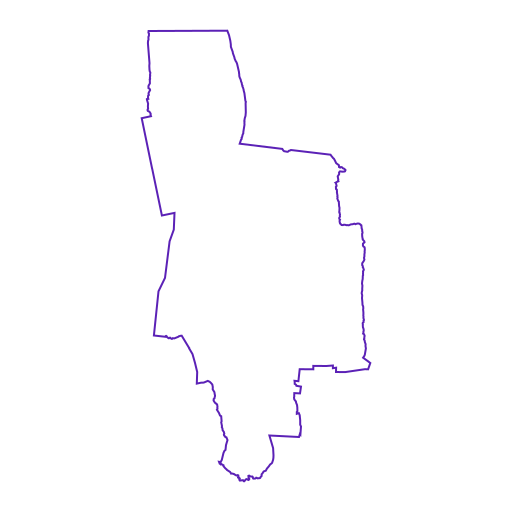 outline of Clare and Gilbert Valleys, South Australia, Australia
{"feature_id": "25037944B42711318671021", "entity_name": "Clare and Gilbert Valleys", "entity_type": "district", "adm_level": 2, "iso_a3": "AUS", "parent_name": "Australia", "parent_adm1": "South Australia", "projection": "natural_earth1", "projection_center": [138.774, -34.015], "detail": "fine", "context": "isolated", "style": "outline", "palette": "violet", "viewbox_px": 512, "rotation_deg": 0, "n_neighbors": 0, "source": "geoboundaries", "source_scale": "gbopen_adm2", "svg_char_len": 6058}
<svg xmlns="http://www.w3.org/2000/svg" viewBox="0 0 512 512"><path d="M148.6,31.0L148.4,32.7L149.0,33.6L148.9,35.8L148.4,36.9L148.5,39.8L148.1,40.6L147.9,43.0L149.5,63.2L149.3,65.9L149.5,69.9L149.8,71.6L150.3,72.4L150.2,73.9L150.0,74.8L150.2,75.7L150.0,76.0L150.1,76.6L149.9,77.7L150.1,78.5L149.7,79.2L150.0,79.6L149.8,80.2L149.9,83.4L148.6,85.6L148.4,86.6L148.5,88.2L149.3,88.6L149.9,89.3L150.1,90.1L148.7,92.7L148.5,93.8L148.8,94.4L148.8,95.1L148.3,95.4L148.0,96.1L148.1,96.8L148.0,97.6L148.3,98.9L146.9,99.1L146.9,99.6L148.1,103.6L147.9,106.4L148.1,108.9L147.7,109.3L147.5,110.0L147.8,110.9L149.4,111.7L150.6,113.5L150.7,114.3L150.5,114.8L151.0,116.2L141.7,118.2L152.1,168.6L152.2,168.8L161.9,215.5L174.5,212.9L173.8,229.6L169.6,241.3L165.0,277.9L158.5,291.3L153.9,335.5L165.5,336.8L165.7,336.1L166.1,335.9L166.6,336.2L167.1,337.1L168.4,338.1L168.9,338.3L169.8,337.7L170.2,337.7L171.3,338.7L171.8,338.9L172.2,338.8L172.7,338.2L174.3,338.4L178.5,336.7L178.8,336.3L180.5,335.8L181.7,335.7L188.7,347.3L189.2,348.0L189.1,348.3L192.5,354.1L195.0,362.9L197.2,372.0L196.8,383.6L201.0,382.7L203.7,382.6L207.8,380.9L209.7,381.8L210.8,382.8L212.3,384.5L212.8,387.0L212.7,389.4L214.4,392.1L214.8,394.7L215.0,395.3L215.0,396.1L214.6,397.5L214.5,398.3L213.7,399.0L213.6,400.6L215.0,402.8L216.2,403.6L216.3,403.9L217.1,404.4L217.5,406.9L217.3,407.8L217.5,408.8L216.9,409.7L219.0,413.0L220.0,415.5L221.2,416.2L221.6,421.3L221.2,422.3L222.0,426.1L221.8,427.2L222.2,427.9L222.5,428.7L222.6,430.2L223.8,431.8L224.3,433.7L223.9,434.4L224.1,435.5L224.8,436.1L225.4,437.1L226.4,437.3L227.5,440.1L226.7,442.7L226.0,445.1L225.5,449.9L224.4,450.9L223.5,452.9L221.8,459.9L220.6,462.1L219.0,461.8L219.7,463.7L220.6,464.1L220.8,464.4L221.2,464.2L221.3,464.1L221.5,464.4L222.2,464.5L223.3,465.2L223.1,465.4L223.6,466.3L225.3,468.3L226.7,469.5L226.9,469.9L230.0,471.9L231.0,473.3L231.1,473.6L232.0,473.5L233.6,473.9L233.8,474.1L234.4,474.2L234.9,474.7L236.4,475.5L237.6,475.1L238.0,475.2L238.3,475.4L238.4,475.9L238.5,476.7L238.0,477.2L238.0,477.5L238.5,477.9L239.2,477.9L239.6,478.2L239.8,478.7L239.3,479.5L239.6,480.3L239.9,480.6L242.6,480.2L243.3,480.3L243.6,480.8L243.7,481.2L244.1,481.3L244.9,480.6L245.7,479.5L246.5,479.1L247.7,479.5L248.1,479.9L248.4,480.0L248.9,479.7L249.3,479.1L249.0,478.2L248.6,477.8L248.4,475.9L249.1,475.6L250.2,476.3L251.1,476.6L252.3,476.5L252.6,476.7L253.1,478.1L253.1,478.4L253.3,478.6L254.3,478.6L255.3,478.5L255.8,478.2L256.2,477.7L256.7,477.8L257.5,478.3L258.0,478.3L259.8,478.1L260.2,477.9L260.6,477.0L261.6,476.0L261.6,474.3L262.5,473.3L263.5,471.7L263.8,471.4L265.8,470.7L266.9,468.6L268.8,466.4L270.1,464.5L271.7,463.3L272.1,462.8L273.1,459.8L273.4,457.9L273.5,455.3L273.1,448.1L269.4,435.5L299.0,437.0L299.9,433.9L300.4,434.5L301.0,426.5L300.2,424.7L300.2,420.3L299.7,415.2L298.8,413.1L296.8,413.8L296.8,411.9L297.4,411.2L297.3,407.1L297.1,406.0L297.1,405.2L296.1,402.7L295.9,401.4L295.1,400.5L294.3,399.4L294.0,397.6L294.3,396.1L294.2,395.4L294.3,393.1L300.0,393.4L301.0,386.6L296.4,385.8L296.2,385.0L295.7,384.5L294.7,383.9L294.7,382.2L294.5,380.8L298.4,381.2L299.7,369.2L313.3,369.3L313.3,365.9L326.4,366.0L332.9,365.5L332.9,368.2L336.1,367.7L336.0,372.0L345.1,372.1L364.9,369.2L368.1,369.3L370.3,363.0L363.1,357.7L364.4,355.8L364.8,354.8L365.9,348.4L365.5,346.1L365.6,344.1L364.9,342.2L364.6,340.3L364.0,339.5L364.1,338.6L364.4,338.2L364.3,337.1L364.6,336.1L364.6,335.7L364.3,335.0L364.1,334.3L363.6,333.8L363.1,333.6L363.4,332.8L363.4,331.6L363.7,330.9L363.6,329.3L363.3,328.1L363.0,327.6L362.9,326.9L362.8,325.5L362.9,324.7L362.7,323.9L362.7,323.3L362.8,322.8L363.6,322.1L363.5,320.7L363.9,320.2L363.9,319.7L363.4,317.9L363.5,316.8L363.3,315.3L363.4,314.5L363.4,312.5L363.1,309.2L363.3,308.4L363.2,306.7L363.1,306.2L362.5,304.9L362.4,302.4L362.0,298.1L362.2,295.6L362.1,294.8L361.7,293.4L361.8,292.3L362.3,290.1L362.2,289.2L362.4,285.6L362.0,283.5L362.3,280.8L362.7,279.0L362.8,275.8L363.1,275.2L363.0,273.5L363.1,272.7L363.0,271.2L363.5,270.6L363.8,269.7L363.2,267.8L362.8,267.3L362.9,266.8L362.6,265.6L362.2,265.2L362.2,263.5L362.3,263.1L363.7,261.1L364.4,259.6L364.0,257.9L364.4,256.4L364.4,254.3L364.7,252.6L364.6,251.6L364.8,249.7L364.7,247.9L364.5,247.2L363.3,246.4L363.2,246.0L362.9,245.3L363.0,243.6L364.5,242.3L364.3,241.3L362.7,239.5L362.8,239.0L362.5,238.2L362.2,236.2L362.1,233.8L362.5,233.0L362.5,232.1L362.2,231.3L362.2,230.6L362.1,229.3L361.7,228.6L361.4,225.5L361.3,225.2L360.7,225.0L360.4,224.4L359.0,223.6L357.7,223.5L356.1,223.9L355.4,224.2L354.5,223.7L353.8,223.8L352.8,224.2L350.8,224.4L348.8,225.3L347.5,225.1L346.6,225.2L345.1,224.8L343.9,224.7L342.9,225.1L341.5,225.0L341.1,224.4L340.1,223.6L339.9,223.1L339.9,222.6L339.6,221.9L339.6,220.6L340.0,219.7L339.6,219.4L339.2,218.4L339.3,217.6L340.0,216.7L339.8,215.7L340.0,214.3L339.6,213.4L339.6,212.7L339.2,212.1L339.4,210.8L339.5,207.8L339.1,206.1L338.8,201.5L338.3,201.1L337.3,198.5L337.6,197.2L337.3,196.5L337.5,195.8L336.9,192.3L337.0,191.9L336.8,189.6L336.0,189.0L335.9,186.8L336.6,185.9L335.9,182.9L335.6,182.7L337.1,181.8L338.4,181.3L338.1,180.5L338.3,179.8L337.7,176.3L339.1,174.3L339.2,173.8L339.0,172.8L339.2,172.3L339.6,171.7L339.9,171.4L340.2,171.4L342.5,171.7L344.7,171.5L345.0,171.3L345.5,170.1L345.4,169.8L343.9,168.6L342.8,168.2L342.0,167.3L340.9,167.0L340.1,167.6L339.0,167.0L338.9,165.2L336.2,163.2L334.9,160.5L333.9,158.7L333.1,158.1L332.4,157.1L331.9,156.6L330.5,154.7L290.9,150.0L290.3,150.4L288.9,150.8L288.1,151.6L287.4,151.8L284.1,151.2L283.2,150.4L282.3,148.9L239.7,143.7L241.1,139.6L241.7,138.9L241.6,137.6L242.1,137.0L242.6,134.7L243.3,133.3L243.3,132.1L244.5,124.7L244.4,123.2L244.5,121.2L244.3,121.0L244.8,118.1L245.5,115.9L245.8,112.4L245.6,102.8L245.9,101.9L245.4,100.9L244.4,93.1L243.7,90.6L243.6,89.7L243.0,87.6L242.4,86.5L242.5,85.6L242.0,84.9L241.6,82.5L241.1,81.7L240.7,79.7L239.7,77.5L239.3,76.1L239.2,73.8L239.0,73.1L239.0,72.1L237.1,63.9L236.5,62.3L235.7,61.1L234.6,58.6L234.4,57.4L232.9,53.2L232.7,51.8L230.9,46.9L230.8,44.3L230.3,40.7L229.0,35.1L227.3,30.7L148.6,31.0Z" fill="none" stroke="#5b21b6" stroke-width="2"/></svg>